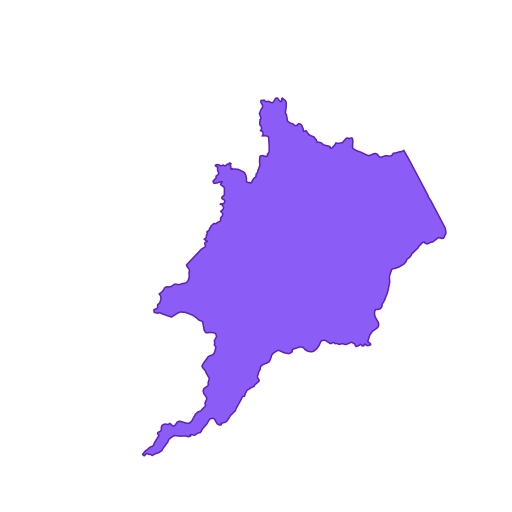 outline of Mchinji, Mchinji, Malawi, rotated 66°
{"feature_id": "42251766B46471952803478", "entity_name": "Mchinji", "entity_type": "district", "adm_level": 2, "iso_a3": "MWI", "parent_name": "Malawi", "parent_adm1": "Mchinji", "projection": "albers", "projection_center": [33.098, -13.779], "detail": "fine", "context": "isolated", "style": "filled", "palette": "violet", "viewbox_px": 512, "rotation_deg": 66, "n_neighbors": 0, "source": "geoboundaries", "source_scale": "gbopen_adm2", "svg_char_len": 6141}
<svg xmlns="http://www.w3.org/2000/svg" viewBox="0 0 512 512"><g transform="rotate(66 256 256)"><path d="M219.7,78.0L219.9,80.1L219.3,81.9L218.5,87.3L217.9,88.7L219.1,90.4L219.4,92.1L219.1,93.4L217.1,96.6L216.7,101.2L216.3,102.3L215.2,103.1L212.2,103.9L210.9,105.3L210.5,106.5L210.4,111.3L209.7,112.9L203.6,118.2L200.5,121.4L197.2,123.7L196.1,123.7L190.3,120.7L187.8,120.1L187.1,120.5L186.5,123.2L185.3,124.7L185.2,125.8L187.6,131.0L186.5,135.2L185.2,137.0L186.6,138.8L187.2,140.3L188.2,142.8L188.0,143.9L187.5,144.3L186.8,143.9L185.9,144.1L182.1,148.9L179.0,150.5L176.4,154.0L174.2,153.6L173.2,154.2L171.0,154.5L167.0,158.2L161.8,159.4L161.6,161.4L161.2,161.9L159.1,161.2L155.3,161.0L154.2,161.4L153.1,162.2L152.5,163.3L153.3,165.6L152.9,167.1L152.2,167.7L150.1,168.7L148.7,170.5L145.7,172.3L139.2,170.7L137.4,171.1L132.3,167.9L128.2,166.0L125.9,165.9L123.9,167.1L122.5,167.6L122.6,168.4L124.9,169.6L125.1,170.5L123.2,171.6L120.6,172.0L119.9,173.4L120.1,174.3L122.2,177.1L122.7,178.8L121.9,179.8L119.8,181.5L119.0,184.3L116.7,185.3L116.8,186.5L115.9,188.0L116.9,188.9L118.4,189.0L120.7,188.7L122.1,189.2L122.9,189.7L123.9,191.4L127.2,194.9L132.3,195.4L132.8,195.8L133.1,197.0L134.6,197.4L134.9,197.9L137.0,198.9L138.3,199.1L139.0,198.5L141.4,198.9L142.2,199.4L143.3,200.9L143.8,200.6L144.4,199.6L146.3,199.4L147.4,199.9L148.8,201.4L150.4,197.7L151.8,196.4L152.7,196.2L161.1,199.3L166.1,201.6L167.4,203.2L167.6,204.1L169.1,204.9L169.3,205.7L169.0,206.6L167.0,209.1L166.4,211.1L166.7,212.0L171.0,214.3L174.0,215.2L175.5,216.3L178.6,219.4L180.4,220.8L181.2,222.5L183.5,223.8L184.3,226.6L187.3,230.9L186.4,231.8L185.6,233.3L184.2,234.5L181.0,233.0L178.3,232.5L175.7,232.5L174.2,233.1L169.7,236.9L167.9,240.0L166.8,242.9L166.5,242.6L166.4,243.3L165.9,243.6L164.3,242.6L162.8,242.7L161.6,241.3L160.9,241.6L160.2,242.5L160.9,243.4L160.4,245.0L161.2,247.0L160.7,248.1L159.6,248.9L159.4,251.4L157.8,252.6L156.6,254.4L156.6,256.2L157.2,256.4L159.3,255.0L161.9,256.2L165.4,256.5L166.3,257.8L166.8,260.0L168.6,260.8L169.3,263.1L170.0,263.8L169.9,264.4L170.9,265.1L172.4,264.8L172.7,264.5L173.4,262.0L173.9,257.6L174.3,256.9L175.0,257.3L175.8,259.1L176.4,259.3L180.0,257.3L181.2,257.3L187.1,260.0L187.7,260.9L188.1,262.7L188.9,263.7L190.0,263.6L192.3,262.0L193.8,262.4L194.8,264.1L194.6,265.8L193.9,267.2L194.1,267.5L195.9,265.9L198.5,265.9L200.0,267.1L200.8,270.0L201.5,270.0L203.0,269.2L203.8,269.2L205.6,270.3L206.7,272.8L209.0,273.8L209.7,274.8L209.7,277.7L210.3,279.6L209.4,280.6L209.2,281.5L210.3,284.7L212.1,287.3L213.2,288.0L214.1,291.2L215.8,291.2L216.6,292.7L218.7,293.8L219.2,294.7L219.6,296.4L220.1,296.3L222.8,294.5L223.1,295.0L222.8,296.6L223.4,297.6L224.0,297.9L226.2,298.0L227.0,298.7L227.6,303.3L235.9,323.1L236.8,323.4L241.0,322.5L242.1,322.7L244.2,324.1L247.0,325.1L249.2,326.4L251.5,328.9L252.1,331.3L251.2,334.7L251.0,337.7L248.6,341.6L249.4,346.2L248.7,348.4L247.7,350.4L248.0,352.7L249.2,353.9L250.6,356.7L251.3,359.8L253.5,359.4L255.4,359.8L256.8,360.4L259.8,363.2L260.5,365.7L263.0,366.8L263.7,368.1L263.5,369.7L263.8,371.3L266.0,371.9L266.5,371.6L268.3,369.0L268.7,366.8L270.6,365.3L277.4,358.1L276.3,350.7L276.4,347.7L278.8,343.5L282.2,340.0L284.7,337.7L287.1,336.1L291.4,334.2L293.1,332.3L294.5,331.5L302.4,333.5L305.5,333.1L306.3,331.9L306.9,329.7L308.5,326.4L310.0,324.8L311.0,324.4L313.6,324.9L316.6,328.6L318.7,329.1L320.2,330.2L323.0,329.7L327.3,333.2L328.6,335.5L328.4,340.4L332.7,347.8L334.5,350.1L336.1,350.2L340.4,348.9L342.4,349.1L348.8,348.4L352.3,351.3L354.2,352.0L355.0,352.6L355.9,357.5L357.4,359.0L360.4,359.7L362.9,359.1L365.8,358.8L367.0,359.5L369.2,362.1L370.4,362.7L372.1,362.9L372.9,364.0L373.8,367.0L375.0,369.1L374.9,372.6L375.8,375.5L380.6,381.8L381.6,384.9L380.7,387.2L376.3,392.3L375.7,393.5L375.6,395.2L377.8,399.1L377.8,400.2L377.4,401.1L373.9,402.7L374.2,404.8L372.8,406.9L372.3,408.3L372.5,410.7L373.2,411.6L376.7,413.6L377.3,414.6L377.2,417.0L377.5,417.7L378.5,418.3L379.8,417.6L380.5,417.7L385.3,424.8L387.2,426.6L387.6,427.7L387.6,431.1L388.6,433.7L389.0,436.3L391.0,440.2L391.6,440.2L392.8,439.6L393.1,439.0L392.1,437.0L392.1,436.0L393.4,434.8L394.6,432.8L396.0,432.0L395.7,428.5L396.1,424.6L395.5,421.2L394.1,419.4L390.1,412.3L388.1,410.2L387.0,406.2L386.9,403.4L389.6,398.8L391.8,393.4L393.6,391.3L393.9,389.1L393.6,388.8L392.6,388.8L393.0,387.4L394.8,385.1L394.1,380.7L394.7,379.0L394.2,378.3L394.2,377.7L392.3,375.5L389.6,369.5L386.7,365.5L386.0,364.0L386.9,361.2L387.5,360.4L393.6,359.7L395.5,358.2L396.0,357.1L396.0,356.3L394.7,356.0L395.3,352.3L395.1,350.2L393.2,346.7L391.4,344.4L388.9,337.7L387.5,336.6L381.5,328.5L379.4,326.2L379.0,325.0L379.5,323.6L376.9,321.3L374.9,318.5L374.7,315.8L374.3,314.2L374.3,310.8L373.2,309.5L371.6,304.1L370.3,303.6L367.9,304.0L366.4,303.6L364.7,301.8L363.1,300.8L361.3,298.3L358.9,297.0L358.1,294.2L358.0,291.8L358.3,290.0L357.9,286.9L355.5,284.1L352.9,281.9L351.8,279.5L351.2,275.7L351.2,274.4L351.7,273.4L355.8,269.7L358.5,265.9L358.6,263.7L358.2,261.9L356.5,261.0L356.2,260.4L356.9,252.6L358.8,250.1L362.2,248.9L364.1,247.3L365.5,245.4L366.3,243.6L366.4,241.7L365.4,238.2L363.6,235.1L360.1,231.1L360.4,228.6L361.5,226.8L366.2,223.8L366.5,222.7L366.3,220.8L366.7,220.2L368.1,219.5L369.0,217.4L370.5,216.2L371.2,212.7L372.9,210.8L373.5,209.7L373.6,203.8L376.5,201.6L378.6,201.7L379.4,201.3L379.7,198.7L379.1,196.7L379.5,196.2L381.3,195.5L381.8,194.7L381.9,194.1L380.8,193.0L380.7,192.4L381.2,191.9L382.5,191.6L383.1,190.9L383.9,188.4L383.6,187.6L383.3,187.1L382.3,187.2L379.6,188.7L374.6,184.3L372.2,180.4L370.9,174.1L370.1,172.9L368.5,171.7L366.3,171.3L360.2,171.9L357.5,171.4L354.9,170.2L353.6,168.5L354.5,165.9L354.8,164.1L353.6,161.6L351.4,160.4L349.0,156.9L343.3,151.2L340.4,148.8L334.1,144.4L329.9,142.9L328.3,142.0L323.4,137.4L323.3,136.5L323.9,133.9L324.2,129.9L323.5,124.1L322.4,121.7L320.3,119.2L319.8,116.5L318.7,114.2L317.5,113.0L314.6,105.0L313.2,102.9L311.3,98.0L311.9,96.4L312.8,96.4L313.7,95.9L314.7,94.3L314.5,91.5L315.0,88.8L313.4,81.8L315.6,79.1L315.9,77.6L315.1,75.9L314.4,75.6L312.6,73.3L310.5,72.5L307.3,71.8L276.6,73.8L273.5,74.4L270.0,74.3L232.5,76.8L219.7,78.0Z" fill="#8b5cf6" stroke="#5b21b6" stroke-width="1.5"/></g></svg>